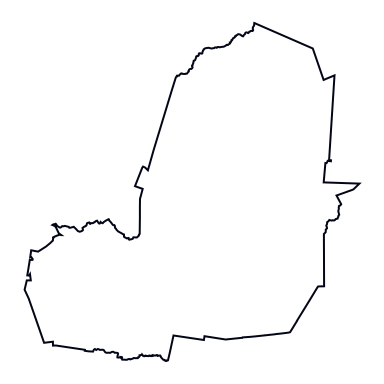 outline of Villagrán, Tamaulipas, Mexico
{"feature_id": "50627088B25929785695958", "entity_name": "Villagrán", "entity_type": "district", "adm_level": 2, "iso_a3": "MEX", "parent_name": "Mexico", "parent_adm1": "Tamaulipas", "projection": "mercator", "projection_center": [-99.363, 24.589], "detail": "fine", "context": "isolated", "style": "outline", "palette": "ink", "viewbox_px": 384, "rotation_deg": 0, "n_neighbors": 0, "source": "geoboundaries", "source_scale": "gbopen_adm2", "svg_char_len": 5804}
<svg xmlns="http://www.w3.org/2000/svg" viewBox="0 0 384 384"><path d="M175.9,77.2L171.8,90.3L153.6,150.2L147.9,170.3L145.4,167.8L144.8,167.4L143.0,166.6L142.2,167.8L135.0,186.2L142.7,188.9L140.0,198.9L139.9,206.8L139.9,217.2L139.7,233.4L139.7,233.9L138.9,234.7L138.9,235.6L136.8,237.5L133.4,237.3L132.7,238.8L131.2,239.3L130.3,239.4L129.5,239.7L128.8,239.4L128.7,238.1L128.3,237.9L127.4,238.2L126.7,238.4L125.1,237.4L124.5,237.2L124.0,236.7L124.0,235.0L124.0,234.5L122.7,234.1L121.8,233.4L118.8,231.8L117.9,231.2L116.5,229.7L116.0,228.7L115.3,228.2L115.0,227.6L114.9,225.9L114.3,225.1L113.3,225.2L112.8,224.8L110.5,221.8L109.7,221.1L109.1,220.3L109.0,219.5L108.7,219.2L108.3,219.3L105.9,220.6L103.8,222.0L102.7,223.2L101.5,222.8L100.6,222.0L100.3,222.9L99.8,223.5L99.1,223.5L98.2,222.5L97.1,220.7L96.0,221.0L95.3,221.5L94.6,222.3L93.8,222.4L93.1,223.1L90.5,223.1L90.3,223.8L89.8,223.7L89.3,222.5L87.9,222.8L87.0,223.3L86.6,225.0L86.1,225.8L85.5,225.9L85.0,226.5L84.0,226.8L82.5,228.0L83.0,229.9L82.4,230.7L80.7,231.5L79.4,231.7L77.7,230.9L76.3,229.3L74.8,227.8L74.1,227.3L73.8,226.8L70.1,227.8L69.2,227.7L68.8,226.9L64.8,225.9L63.5,226.3L62.2,226.1L61.0,227.3L60.2,227.6L59.4,227.4L58.2,226.5L57.1,226.1L56.7,225.3L56.3,225.7L56.1,225.5L56.4,224.5L55.7,223.8L55.0,224.3L54.5,224.1L53.1,224.5L52.4,225.0L54.2,225.7L55.2,226.4L56.1,227.7L58.8,233.3L61.3,235.1L61.0,235.1L60.1,234.6L59.6,234.8L59.1,234.4L58.5,234.9L58.5,235.1L57.7,235.5L56.9,235.6L56.3,235.8L55.7,236.3L55.0,236.4L54.3,236.8L54.0,237.3L53.3,237.2L53.1,237.4L53.3,237.8L53.0,238.7L52.9,240.5L50.2,243.1L46.1,246.5L38.1,251.6L31.2,250.3L30.2,257.3L31.3,257.1L32.7,259.1L32.6,259.8L32.4,259.9L31.8,259.7L30.9,260.0L29.8,259.8L29.3,263.0L27.3,275.4L28.2,275.4L29.1,275.6L30.0,274.1L30.8,280.4L26.8,280.4L24.6,289.7L28.7,298.5L44.1,342.8L52.9,341.7L53.0,345.6L55.9,345.5L84.9,349.8L84.8,350.8L88.3,351.3L93.0,351.6L93.8,349.8L94.5,349.2L94.9,349.0L96.2,350.0L97.8,349.0L99.3,349.5L99.8,349.9L102.7,349.7L103.6,350.0L104.0,350.4L104.5,351.3L105.3,352.3L106.5,352.8L109.0,352.7L110.1,352.9L111.9,351.9L112.7,351.8L113.2,351.8L113.5,351.9L114.8,352.8L116.0,352.7L117.6,353.0L117.8,353.1L118.1,353.9L117.7,355.4L117.4,356.3L117.4,357.4L117.8,357.5L118.8,357.6L121.1,356.9L121.9,357.1L122.1,357.4L122.0,357.9L120.9,357.4L121.1,358.1L122.1,359.2L122.2,359.6L122.8,359.7L123.4,359.6L125.9,359.8L127.2,359.7L128.3,359.1L129.7,359.0L129.9,359.3L130.3,359.4L132.8,358.6L133.5,358.1L134.0,358.0L135.0,358.2L136.4,358.1L137.4,358.2L137.8,358.1L138.3,357.6L138.3,357.2L139.1,357.0L139.6,356.3L139.5,355.3L141.0,355.0L141.4,355.0L141.8,354.8L142.0,354.4L143.1,355.9L143.6,355.9L144.0,356.2L144.3,356.2L144.8,355.8L145.4,355.6L145.6,355.6L145.8,356.0L146.2,356.0L146.8,355.9L147.4,356.0L148.6,356.1L149.2,355.9L149.2,355.6L149.6,355.5L150.4,356.0L150.9,356.1L151.3,355.7L152.1,356.1L152.4,356.0L152.4,355.4L152.5,355.2L153.4,355.7L153.8,355.3L154.3,355.5L155.5,355.5L156.9,355.0L157.5,355.2L157.6,355.9L160.1,355.5L160.8,356.4L160.8,357.0L163.0,359.5L163.9,359.9L164.3,360.3L164.7,360.0L165.6,360.7L165.9,360.6L166.0,361.0L166.8,360.9L167.1,360.5L168.0,360.3L169.9,352.2L173.5,335.5L203.9,340.0L204.5,336.2L225.6,339.5L242.0,337.8L241.9,338.4L242.6,337.4L250.9,336.8L252.8,336.6L253.2,336.6L263.6,335.5L264.7,335.3L264.8,335.4L267.2,335.1L274.8,334.3L276.3,334.0L278.9,333.8L286.4,332.9L289.1,332.5L290.1,332.2L297.0,321.0L296.9,320.9L309.9,299.8L317.9,286.6L318.6,286.5L318.9,286.4L324.1,286.3L323.9,234.0L325.7,232.2L325.8,229.6L327.0,228.3L326.9,227.3L326.3,225.7L327.1,223.8L327.1,222.2L328.5,221.2L329.3,220.0L331.8,220.6L332.8,220.2L334.0,220.5L335.2,219.8L335.6,219.1L337.6,218.6L337.9,217.3L338.4,216.7L338.4,215.8L339.2,214.8L338.3,211.3L338.9,208.2L338.7,207.3L339.1,205.8L340.4,205.4L341.2,204.2L336.5,195.5L352.5,189.8L353.4,189.4L359.4,183.6L323.7,182.4L325.4,163.0L326.6,163.1L327.5,161.4L327.6,161.0L328.1,160.6L329.0,161.0L329.8,161.2L330.3,161.0L330.9,161.2L331.0,160.3L329.1,160.0L334.5,75.4L323.6,79.9L312.8,48.5L254.3,23.0L254.2,23.4L254.2,23.8L254.1,25.6L254.0,25.8L253.3,26.6L252.8,27.7L252.7,28.0L252.9,28.8L252.9,29.5L253.1,29.9L253.1,30.4L252.7,30.9L252.4,31.0L251.5,30.9L250.5,31.0L249.8,31.7L249.2,31.8L248.6,32.8L248.3,33.0L248.1,33.1L247.9,33.0L246.8,32.4L246.2,32.4L245.8,32.6L245.2,33.1L245.1,33.8L244.9,34.2L243.6,35.3L243.4,35.9L243.1,36.3L242.6,36.2L241.8,35.8L240.3,34.6L240.0,34.5L238.8,34.2L237.9,34.3L237.3,34.9L236.2,35.4L236.0,35.6L236.0,36.0L235.9,36.1L235.6,36.3L235.0,36.3L234.9,36.5L234.9,37.0L234.4,37.7L233.9,37.8L233.0,38.3L232.7,38.8L232.6,39.3L232.2,40.0L231.7,40.0L231.4,40.2L231.3,41.3L230.8,41.9L230.7,42.4L230.5,42.5L229.9,42.5L230.0,43.3L229.9,43.6L228.5,44.4L228.1,44.9L227.6,45.0L226.9,44.8L226.5,44.9L226.1,45.4L224.6,46.3L224.2,46.5L223.1,46.8L222.2,46.8L220.8,47.1L220.0,47.1L219.7,47.3L218.9,47.1L217.7,47.0L217.3,47.1L217.1,47.5L216.9,47.7L216.6,47.8L215.4,47.4L215.0,47.4L214.1,48.1L213.7,48.1L212.5,48.3L212.1,48.5L210.9,48.4L208.8,47.8L206.6,48.0L204.8,48.5L204.3,49.0L203.7,49.3L203.5,50.1L203.1,50.4L202.9,50.8L202.9,51.2L202.4,52.2L202.3,53.3L201.9,53.6L201.1,53.6L200.6,53.5L200.1,53.2L199.2,53.3L198.8,53.8L198.8,55.0L198.6,55.5L197.9,56.1L197.2,55.9L196.9,56.2L196.3,56.4L196.2,56.6L196.1,57.6L195.7,58.4L195.4,59.5L195.2,59.8L194.8,60.4L193.9,60.6L193.6,60.9L193.6,61.1L193.5,62.0L193.3,62.6L193.3,63.2L192.9,64.0L192.6,65.1L192.1,65.4L192.0,65.7L192.0,66.2L192.5,67.0L192.5,67.5L192.4,67.9L191.4,68.9L190.4,68.9L189.6,69.2L189.4,69.4L188.7,70.4L188.6,70.9L188.8,71.2L188.8,71.5L188.3,71.8L187.2,73.4L186.6,73.7L186.0,73.6L185.6,73.9L183.9,74.0L182.9,73.9L182.4,73.6L182.0,73.6L181.7,73.7L181.3,73.4L181.1,73.5L180.6,73.8L180.1,74.4L179.3,75.2L179.1,75.6L178.2,75.7L177.9,75.6L177.1,75.7L177.2,76.0L177.2,76.4L176.4,76.8L175.9,77.2Z" fill="none" stroke="#020617" stroke-width="2"/></svg>